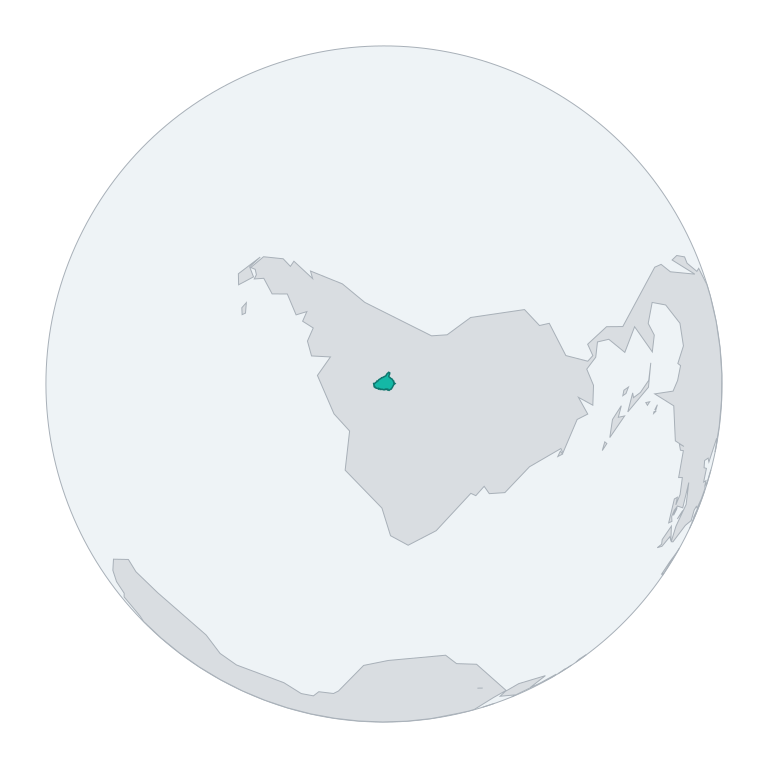 Presidente Hayes highlighted on a globe, orthographic projection, rotated 117°
{"feature_id": "PRY-605", "entity_name": "Presidente Hayes", "entity_type": "Department", "adm_level": 1, "iso_a3": "PRY", "parent_name": "Paraguay", "parent_adm1": "", "projection": "orthographic", "projection_center": [-58.464, -23.686], "detail": "fine", "context": "on_globe", "style": "filled", "palette": "teal", "viewbox_px": 768, "rotation_deg": 117, "n_neighbors": 0, "source": "natural_earth", "source_scale": "10m", "svg_char_len": 6491}
<svg xmlns="http://www.w3.org/2000/svg" viewBox="0 0 768 768"><g transform="rotate(117 384 384)"><circle cx="384" cy="384" r="338" fill="#eef3f6" stroke="#a8b0b8"/><path d="M294.3,58.2L287.9,60.0L281.0,62.4L281.8,62.9L306.0,59.1L302.9,61.6L306.6,63.6L313.3,60.8L312.8,58.4L326.2,54.7L324.0,53.2L329.1,51.9L331.2,50.6L342.5,49.1L352.4,48.7L351.3,50.1L355.6,50.4L366.2,48.3L373.1,51.3L393.5,54.9L394.1,56.5L378.1,59.3L354.2,60.1L333.4,67.7L358.7,61.6L359.5,67.1L364.6,68.0L371.5,67.5L375.7,65.1L378.5,67.3L354.6,73.1L351.7,71.2L359.3,69.1L348.1,70.0L331.9,75.7L333.6,79.0L307.5,87.0L308.4,89.8L303.2,93.7L303.5,88.4L302.4,98.6L271.9,115.9L269.9,138.3L259.1,123.2L247.5,124.0L233.0,128.1L232.3,131.5L214.1,134.5L195.5,147.9L185.7,168.9L189.6,182.1L210.1,176.1L217.7,165.4L233.6,159.5L219.2,186.7L246.5,183.8L242.1,204.0L249.6,212.9L264.0,207.5L278.7,210.1L290.1,196.7L308.1,188.3L307.6,204.7L318.3,188.8L327.9,195.8L364.2,193.3L361.2,197.1L391.7,216.8L425.9,227.0L433.9,240.4L429.7,248.3L441.8,251.5L442.0,257.0L491.0,270.9L516.7,289.3L516.2,309.3L495.5,329.5L478.4,379.5L441.5,393.3L433.3,415.0L406.6,447.2L384.2,444.0L391.9,461.3L380.5,471.7L366.2,472.5L365.0,485.0L354.5,485.6L362.3,493.7L347.7,511.0L354.5,524.6L344.4,539.1L349.3,547.3L344.6,547.3L340.3,550.8L340.7,555.6L325.3,549.1L318.2,530.7L321.7,520.8L315.5,520.0L322.5,495.4L316.7,500.8L313.7,466.5L320.0,438.2L319.5,363.5L311.5,350.1L285.4,337.0L253.9,292.6L261.3,272.0L254.9,264.3L276.1,234.9L271.2,212.8L263.9,210.8L256.1,220.6L231.9,211.7L224.4,197.3L157.0,195.8L151.6,191.4L154.0,179.8L145.0,156.9L142.7,183.6L136.6,181.5L134.3,173.9L138.8,168.8L141.6,156.4L138.1,156.1L148.7,141.6L157.5,133.2L177.6,116.4L199.0,101.2L221.5,87.7L245.0,76.0L269.3,66.2L294.3,58.2ZM266.8,146.9L298.2,154.1L279.0,158.4L282.9,155.5L275.2,151.7L260.5,149.8L244.0,155.9L266.8,146.9ZM283.8,131.0L278.3,131.0L283.9,130.0L283.8,131.0ZM324.9,51.6L328.0,51.1L326.0,51.6L324.9,51.6ZM322.8,51.8L318.3,52.7L316.6,53.0L319.5,52.4L322.8,51.8ZM325.8,51.1L328.8,50.7L314.3,53.4L312.0,53.8L325.8,51.1ZM351.9,563.8L327.1,551.9L340.6,556.9L347.8,548.9L361.6,558.6L351.9,563.8ZM374.0,543.6L383.7,539.6L386.6,541.9L380.6,545.3L374.0,543.6ZM604.8,128.2L601.1,125.4L609.5,138.8L602.7,136.3L589.8,127.9L570.6,107.8L588.0,115.9L581.4,110.4L564.2,98.7L570.9,102.7L566.0,99.4L569.2,101.3L604.8,128.2ZM704.7,490.5L701.5,496.0L691.7,518.9L688.4,520.5L681.5,532.6L673.1,541.0L662.9,545.5L656.4,532.1L663.9,519.8L672.7,491.0L688.4,428.5L698.5,407.7L701.3,387.9L695.6,337.5L697.4,317.2L693.9,305.3L687.8,302.4L682.7,288.5L678.2,285.2L644.0,274.4L628.4,254.7L597.7,206.0L600.2,192.4L591.7,174.3L601.6,136.1L613.8,144.2L633.0,155.8L637.2,160.3L645.9,171.1L660.8,190.2L674.0,210.5L685.7,231.7L695.8,253.7L704.3,276.4L711.2,299.6L716.4,323.2L719.9,347.2L721.7,371.3L721.7,395.5L720.0,419.7L716.6,443.7L711.5,467.3L704.7,490.5ZM610.1,158.0L612.6,162.7L610.1,158.0ZM365.4,193.1L369.7,196.2L363.8,196.4L365.4,193.1ZM275.7,164.8L282.6,164.1L286.0,165.9L280.6,167.4L275.7,164.8ZM335.9,158.4L344.2,159.3L335.3,161.0L335.9,158.4ZM303.2,155.1L329.2,158.5L311.9,164.3L295.6,162.7L307.3,160.1L303.2,155.1ZM279.2,139.2L283.4,139.6L281.7,142.3L279.2,139.2ZM287.9,130.4L286.2,130.9L284.4,129.2L287.9,130.4ZM360.9,66.8L362.9,66.4L369.6,66.4L365.9,67.4L360.9,66.8ZM402.3,62.6L405.8,66.2L400.7,63.9L396.3,65.5L380.2,63.4L393.5,57.2L390.3,60.0L402.3,62.6ZM362.4,60.2L371.1,61.4L361.0,60.4L362.4,60.2ZM541.5,85.1L544.6,86.7L540.4,85.1L533.8,81.3L533.9,81.1L534.5,81.4L541.5,85.1ZM563.2,97.5L556.2,93.7L556.7,93.6L550.6,90.1L549.2,89.2L563.2,97.5ZM374.3,46.2L370.4,46.4L362.9,46.7L374.3,46.2ZM361.9,46.8L367.6,46.9L357.2,47.4L362.7,47.6L343.3,48.6L334.2,49.8L346.5,48.2L361.9,46.8ZM428.6,49.0L425.8,49.1L427.8,50.4L413.1,48.7L401.9,46.9L396.3,46.3L428.6,49.0ZM620.9,143.0L627.1,149.3L625.0,147.2L618.3,140.5L619.0,141.2L620.9,143.0Z" fill="#d9dde1" stroke="#a8b0b8" stroke-width="1"/><path d="M372.0,385.3L371.9,385.3L371.8,385.2L371.5,385.2L371.4,384.4L371.5,384.4L371.5,384.2L371.6,383.9L371.8,383.8L372.2,383.7L372.4,383.6L372.6,383.5L374.5,383.4L374.8,383.3L375.3,383.0L375.3,382.9L375.4,382.4L375.4,382.2L375.5,382.0L375.7,381.5L375.8,381.3L375.8,381.2L375.7,381.0L375.9,380.6L375.9,380.4L375.9,380.1L375.9,379.8L375.9,379.5L375.9,379.4L375.9,379.2L376.0,378.9L377.0,377.2L377.0,376.7L377.3,376.6L377.6,376.6L377.8,376.4L377.7,376.2L377.8,375.9L378.4,375.5L378.5,375.5L378.5,375.4L378.6,375.5L378.8,375.6L379.0,375.5L379.3,375.3L379.4,375.2L379.2,374.6L379.8,374.9L380.0,375.0L381.1,375.0L382.2,375.1L382.5,375.0L385.1,375.2L385.2,375.3L385.3,375.3L385.4,375.6L385.5,375.7L387.4,376.6L387.4,377.4L387.5,377.5L387.7,377.8L387.7,378.0L387.3,377.9L387.1,378.0L386.9,378.1L386.8,378.3L387.0,378.5L387.2,378.8L387.3,378.8L387.5,378.8L387.6,379.0L387.6,379.3L387.5,379.5L387.8,379.7L387.8,379.9L387.7,380.1L388.0,380.3L388.1,380.5L388.4,380.5L388.5,380.5L388.5,380.8L388.6,381.0L388.9,381.2L389.0,381.2L389.0,381.3L389.2,381.5L389.3,381.6L389.3,381.8L389.2,381.9L389.2,382.0L389.3,382.2L389.4,382.3L389.5,382.4L389.5,382.6L389.5,382.8L389.4,382.9L389.4,383.0L389.5,383.2L389.5,383.3L389.6,383.6L389.8,383.8L390.1,384.0L390.3,384.1L390.4,384.3L390.3,384.5L390.3,384.9L390.3,385.1L390.2,385.2L390.1,385.3L390.1,385.5L390.3,385.5L390.4,385.8L390.4,386.1L390.5,386.0L390.6,386.3L390.7,386.5L390.9,386.4L390.9,386.5L391.0,386.6L390.9,386.8L390.7,387.0L390.7,387.3L390.8,387.4L390.9,387.5L391.0,388.0L391.1,388.6L391.2,388.8L391.1,389.1L391.1,389.3L391.1,389.5L391.3,389.8L391.2,390.1L391.2,390.3L390.9,390.3L390.8,390.8L390.5,391.1L390.7,391.3L390.7,391.5L390.8,391.6L390.7,391.7L390.4,391.7L390.2,391.8L390.0,392.2L389.9,392.2L389.8,392.3L389.7,392.3L389.4,392.4L389.2,392.4L389.0,392.5L388.9,392.8L388.9,393.0L388.7,393.1L388.4,393.3L388.2,393.5L388.1,393.4L388.0,393.2L387.8,392.8L387.7,392.7L387.2,392.3L387.1,392.2L386.6,392.2L386.4,392.0L385.9,391.8L385.8,391.7L385.3,391.4L385.2,391.4L385.1,391.5L384.9,391.6L384.7,391.7L384.3,391.2L384.1,391.0L384.1,390.9L383.9,390.9L382.8,390.6L382.7,390.6L382.3,390.5L382.2,390.4L381.1,389.7L380.9,389.6L380.7,389.4L380.3,389.3L380.2,389.2L379.8,389.0L379.7,389.0L379.7,388.9L379.3,388.7L379.2,388.6L379.1,388.4L378.8,388.2L378.7,388.1L378.5,387.9L378.4,387.8L378.3,387.7L378.2,387.7L377.9,387.6L377.7,387.4L377.5,387.2L375.5,385.9L375.4,385.9L375.1,386.0L374.6,386.1L374.1,386.0L373.9,386.0L373.7,385.9L373.4,385.9L373.1,385.8L372.9,385.7L372.6,385.6L372.5,385.4L372.4,385.3L372.2,385.3L372.0,385.3Z" fill="#14b8a6" stroke="#0f766e" stroke-width="1.5"/></g></svg>